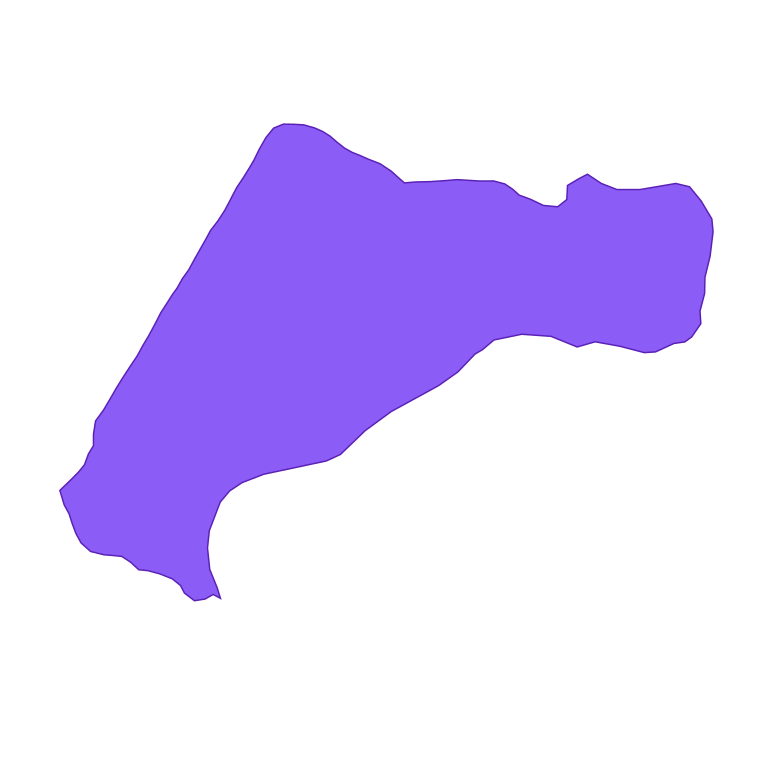 outline of Cachoeira Dourada, Minas Gerais, Brazil, rotated 99°
{"feature_id": "56859067B85859167523547", "entity_name": "Cachoeira Dourada", "entity_type": "district", "adm_level": 2, "iso_a3": "BRA", "parent_name": "Brazil", "parent_adm1": "Minas Gerais", "projection": "mercator", "projection_center": [-49.478, -18.596], "detail": "fine", "context": "isolated", "style": "filled", "palette": "violet", "viewbox_px": 768, "rotation_deg": 99, "n_neighbors": 0, "source": "geoboundaries", "source_scale": "gbopen_adm2", "svg_char_len": 1756}
<svg xmlns="http://www.w3.org/2000/svg" viewBox="0 0 768 768"><g transform="rotate(99 384 384)"><path d="M317.2,199.0L309.3,182.1L309.8,157.3L311.1,143.6L312.3,131.8L309.8,120.8L304.7,113.1L298.6,104.0L295.4,93.5L289.3,87.4L274.8,80.5L262.6,83.3L244.4,81.5L228.3,83.7L207.0,81.9L182.2,82.8L169.7,86.0L153.6,99.4L141.4,113.1L140.3,127.2L151.9,161.6L155.5,184.4L151.9,200.8L145.0,215.9L151.1,224.1L159.2,233.8L173.2,232.3L181.8,240.2L182.7,254.5L178.8,267.6L176.3,280.1L171.5,287.4L167.5,296.0L166.3,307.4L168.5,320.8L169.7,333.1L170.7,343.6L173.6,355.6L176.8,369.6L179.6,384.8L182.2,395.3L177.6,402.6L172.7,410.1L167.1,422.3L164.4,434.7L162.2,442.9L160.2,451.7L157.2,459.9L152.3,468.6L147.7,475.9L144.2,484.1L142.0,492.3L140.6,503.8L141.6,513.6L143.1,524.1L148.5,533.0L158.9,539.1L172.2,544.1L182.7,547.3L191.0,550.5L202.8,555.5L212.8,560.1L220.6,562.8L228.3,565.3L237.5,568.5L248.8,573.5L259.6,579.4L267.4,582.1L277.3,585.8L289.3,590.3L301.5,594.6L311.5,599.6L321.5,603.3L328.6,606.9L336.7,610.4L348.5,615.6L361.0,619.7L372.7,623.8L384.0,628.3L394.5,632.0L405.3,637.0L417.8,642.6L429.6,647.6L440.3,651.7L453.3,656.8L465.6,663.1L479.0,663.1L490.3,661.3L499.4,665.0L510.6,667.2L518.9,672.0L527.5,678.2L539.8,687.5L553.5,680.9L561.5,674.7L570.1,670.4L579.7,665.0L588.4,658.3L595.3,647.6L596.5,633.8L595.8,625.1L595.3,616.0L599.7,606.3L605.8,597.2L605.3,588.0L606.6,575.8L609.6,562.5L614.9,553.4L621.7,548.4L627.7,537.3L624.4,527.1L618.6,519.8L621.3,512.0L611.0,517.1L594.4,527.1L573.5,532.7L556.2,533.6L526.3,527.3L513.8,519.8L503.7,508.9L492.0,488.8L469.0,428.9L460.4,416.0L433.0,395.3L410.0,372.5L377.1,329.9L360.5,312.9L340.2,298.8L334.5,291.9L323.3,282.3L313.3,255.7L310.8,226.5L317.2,199.0Z" fill="#8b5cf6" stroke="#5b21b6" stroke-width="1.5"/></g></svg>